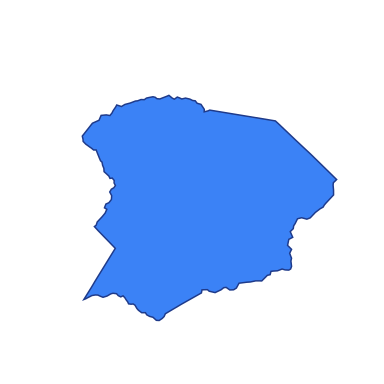 Flores, Pernambuco, Brazil, rotated 339°
{"feature_id": "56859067B79651247321593", "entity_name": "Flores", "entity_type": "district", "adm_level": 2, "iso_a3": "BRA", "parent_name": "Brazil", "parent_adm1": "Pernambuco", "projection": "albers", "projection_center": [-37.929, -7.925], "detail": "fine", "context": "isolated", "style": "filled", "palette": "blue", "viewbox_px": 384, "rotation_deg": 339, "n_neighbors": 0, "source": "geoboundaries", "source_scale": "gbopen_adm2", "svg_char_len": 2219}
<svg xmlns="http://www.w3.org/2000/svg" viewBox="0 0 384 384"><g transform="rotate(339 192 192)"><path d="M123.7,92.1L109.6,100.5L109.2,103.5L108.5,105.8L110.0,109.3L111.6,111.7L112.6,113.3L113.8,115.0L115.2,117.5L117.6,118.4L117.6,121.7L117.7,127.8L117.8,130.1L118.7,131.9L118.1,135.1L118.2,138.3L117.2,141.5L120.1,147.3L120.3,149.9L122.5,150.4L123.5,153.4L122.5,155.6L122.8,158.5L120.6,160.0L117.7,160.5L115.2,162.5L115.7,166.6L114.1,170.1L110.6,172.2L107.3,172.4L104.6,175.4L106.3,177.6L103.3,180.6L99.4,182.8L92.8,186.0L90.7,188.6L88.5,189.3L90.5,194.4L100.2,217.1L69.3,240.7L67.3,242.3L64.4,244.6L52.5,253.6L54.6,253.6L56.7,253.3L58.8,253.1L61.5,252.8L64.9,253.5L67.2,254.5L69.0,256.4L71.2,258.4L75.4,258.7L79.6,258.0L81.9,258.2L85.1,259.9L86.0,262.3L87.9,264.4L90.4,264.2L91.4,266.6L92.0,269.6L92.6,271.5L92.7,273.7L94.9,274.9L97.0,275.5L98.2,277.2L98.8,281.0L99.6,283.2L101.8,286.7L105.3,288.0L105.7,290.4L107.8,292.9L110.7,295.0L112.7,299.0L115.3,300.2L118.8,299.4L121.3,298.3L123.5,296.1L141.7,293.0L164.6,289.6L166.3,286.9L171.4,288.7L172.5,290.8L177.5,294.2L184.2,293.7L187.3,292.7L189.7,293.3L192.2,297.0L195.8,298.2L199.0,297.6L203.2,294.0L211.0,295.9L214.2,296.9L219.7,297.8L225.3,300.0L232.5,296.8L235.3,297.2L237.3,294.4L239.4,294.9L243.6,296.2L248.5,296.2L251.0,298.1L254.4,299.6L256.5,299.2L258.3,297.1L259.6,291.9L261.2,289.5L261.2,284.2L264.4,281.2L262.1,276.1L265.4,270.9L269.8,270.4L269.5,264.2L273.4,262.5L274.8,260.0L276.9,258.5L280.9,254.8L285.1,255.3L289.5,258.5L293.1,258.5L299.8,255.3L305.5,253.6L309.0,253.1L310.8,251.6L313.0,250.4L321.0,246.5L323.1,245.5L324.8,241.0L326.2,236.1L327.3,234.0L331.5,232.2L316.4,199.3L307.4,180.8L305.9,177.6L296.9,158.7L295.3,155.5L237.9,121.9L235.9,122.0L232.1,121.5L233.1,119.2L231.8,113.4L228.6,111.0L227.7,108.0L225.4,106.8L223.3,104.5L219.6,102.0L215.8,101.5L214.1,99.7L212.3,98.1L208.8,99.0L207.3,97.4L205.1,93.5L203.1,93.6L200.0,93.6L195.3,93.6L192.7,92.3L191.6,90.4L189.7,89.1L185.9,88.4L183.1,88.0L180.6,88.7L177.5,87.4L173.9,87.4L171.8,86.8L166.1,86.8L160.7,86.2L156.8,86.9L152.9,83.8L151.3,85.2L149.7,86.3L147.4,87.9L145.7,89.5L142.8,91.2L139.6,89.3L134.6,87.9L130.9,91.7L123.7,92.1Z" fill="#3b82f6" stroke="#1e3a8a" stroke-width="1.5"/></g></svg>